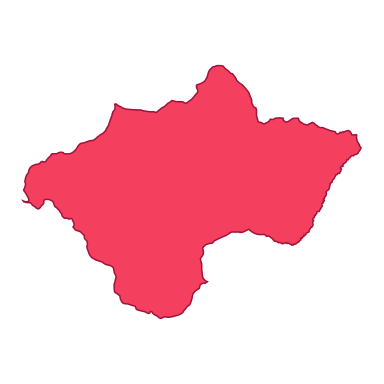 Santa María, Huila, Colombia (orthographic projection)
{"feature_id": "7082276B74568314469162", "entity_name": "Santa María", "entity_type": "district", "adm_level": 2, "iso_a3": "COL", "parent_name": "Colombia", "parent_adm1": "Huila", "projection": "orthographic", "projection_center": [-75.551, 2.922], "detail": "fine", "context": "isolated", "style": "filled", "palette": "rose", "viewbox_px": 384, "rotation_deg": 0, "n_neighbors": 0, "source": "geoboundaries", "source_scale": "gbopen_adm2", "svg_char_len": 5988}
<svg xmlns="http://www.w3.org/2000/svg" viewBox="0 0 384 384"><path d="M213.3,66.7L212.4,67.2L209.6,70.0L208.5,72.1L207.4,76.2L206.7,78.0L204.4,81.5L203.1,82.3L200.1,83.8L196.8,84.9L196.4,85.9L196.5,87.5L197.6,89.9L197.9,91.3L197.2,92.9L195.5,94.7L191.6,99.4L186.4,103.1L185.0,103.1L182.5,101.7L177.4,101.7L175.2,101.4L171.9,100.5L170.3,102.0L167.9,103.3L164.4,106.6L162.1,107.7L156.4,112.3L155.1,112.4L153.9,111.7L150.1,111.8L142.9,110.7L141.0,110.0L132.7,109.7L125.9,109.1L122.7,108.0L120.9,106.9L118.6,105.8L115.9,103.9L115.0,104.0L114.7,104.5L115.1,106.0L114.9,109.4L112.7,112.2L111.9,115.7L111.3,116.9L110.7,119.1L110.1,120.0L109.9,121.2L108.3,125.7L106.0,129.4L105.7,130.5L103.3,133.0L100.1,135.0L97.3,137.1L95.5,138.8L93.4,140.2L92.2,140.5L89.8,140.7L84.3,142.7L80.8,143.4L79.9,144.0L78.2,145.8L76.3,149.0L75.4,149.9L73.7,151.7L71.2,153.3L68.6,153.9L65.2,153.8L64.0,153.6L63.3,152.7L62.2,152.3L59.9,152.3L58.8,152.6L56.8,153.7L52.1,153.8L51.1,154.7L50.1,156.4L48.6,157.6L46.4,160.3L46.1,161.1L45.4,161.7L44.8,162.0L43.7,162.0L42.6,161.5L41.6,161.6L40.9,162.0L40.2,162.9L38.2,164.3L36.7,164.3L35.6,164.5L32.3,165.8L30.5,167.3L29.2,169.3L28.3,173.0L26.6,175.0L25.5,178.2L24.8,181.7L25.6,183.9L25.2,186.1L23.6,190.3L25.8,193.3L28.6,198.6L28.9,200.8L28.7,201.2L27.7,201.6L26.0,201.7L25.1,201.6L23.0,200.8L23.6,201.7L26.3,202.5L30.4,202.8L31.7,204.0L32.5,205.3L34.8,206.6L35.4,207.4L36.4,207.9L36.6,208.3L38.0,208.9L39.4,208.5L41.6,205.6L43.3,204.0L43.9,202.7L43.7,200.9L44.1,200.0L46.7,199.3L49.0,199.5L51.2,200.4L52.9,201.6L53.6,203.1L54.7,206.5L56.6,207.7L59.5,210.8L60.4,212.5L61.6,213.7L61.9,215.3L62.4,216.3L63.6,217.6L64.5,218.2L67.0,218.3L67.8,218.5L68.6,219.0L69.6,219.0L71.4,218.4L72.2,219.3L74.2,224.0L74.1,225.2L73.0,227.1L75.6,230.1L80.3,231.7L82.7,233.9L84.5,236.1L84.3,238.0L85.3,239.6L86.8,240.7L87.5,243.6L86.9,246.3L87.0,247.9L89.4,254.6L91.1,256.8L92.6,258.1L96.2,260.1L102.1,262.0L104.4,263.7L106.4,264.7L108.6,265.1L111.1,265.9L113.0,267.4L113.5,268.3L114.3,272.7L115.5,275.0L116.2,276.8L115.7,278.3L114.6,283.2L114.1,284.1L114.2,288.7L114.6,292.0L119.8,295.7L120.3,298.7L121.7,301.8L123.0,303.1L124.2,303.6L128.0,304.0L133.1,305.7L135.0,306.0L136.4,309.3L138.3,310.2L145.1,311.8L147.0,312.9L148.7,313.5L149.7,313.1L150.2,311.6L150.7,311.4L152.1,312.0L152.6,313.0L154.1,314.5L157.1,316.0L159.5,318.0L161.1,318.4L164.3,316.8L168.8,317.3L173.2,316.5L179.3,314.7L181.7,313.4L183.1,312.1L183.8,310.9L187.4,306.4L189.7,304.8L190.5,303.3L192.0,298.5L192.1,297.4L193.0,293.7L195.4,290.9L199.4,288.3L200.1,285.0L202.0,283.6L203.1,283.2L205.4,283.2L207.4,281.7L205.5,280.8L203.6,278.8L203.1,278.1L202.6,276.7L201.7,269.1L201.7,263.9L200.6,260.2L200.4,258.4L202.5,255.7L203.3,254.1L203.5,251.6L202.8,248.9L202.9,247.9L203.5,246.7L205.9,244.7L209.2,243.5L211.8,243.2L212.6,242.9L214.3,240.8L220.5,237.8L226.3,235.3L229.7,233.2L230.7,232.3L232.2,232.0L235.8,232.1L237.8,231.9L240.0,232.3L242.3,232.3L244.5,231.4L248.6,229.2L252.2,232.1L253.2,232.5L254.7,233.4L258.1,234.4L259.8,234.5L260.4,234.7L262.1,234.5L264.6,234.6L265.9,235.3L266.2,236.1L266.6,236.4L268.6,235.9L272.5,238.7L273.2,239.8L274.6,241.2L276.5,241.5L278.6,242.7L280.5,242.7L282.4,243.8L286.2,242.7L287.1,243.5L288.0,243.2L288.8,243.3L291.8,245.2L292.5,244.7L293.5,244.9L294.0,244.1L294.9,244.2L295.9,244.0L296.2,243.5L297.2,242.8L297.7,242.2L298.9,242.0L299.4,240.8L300.9,239.9L300.7,238.2L301.8,238.3L302.2,238.0L302.6,237.0L303.5,236.7L303.8,236.4L303.8,235.3L304.6,235.5L304.8,235.2L305.8,234.6L306.1,233.6L306.8,232.9L309.0,231.9L309.2,230.4L310.8,227.6L311.8,227.1L312.8,225.8L313.0,224.8L312.7,222.1L313.6,220.6L312.7,219.6L312.7,219.1L314.3,217.5L314.3,215.9L314.9,215.9L315.2,215.7L315.9,214.2L316.7,213.6L316.7,212.7L317.0,211.9L317.5,211.5L318.9,211.6L319.2,211.3L320.0,209.7L320.7,208.8L321.5,207.1L322.2,206.3L322.2,205.6L321.8,204.8L321.9,203.9L322.2,203.3L323.0,203.1L323.2,202.8L323.2,201.5L323.3,201.0L323.6,200.9L324.1,201.1L324.4,200.8L324.2,200.2L323.5,200.0L323.4,199.3L323.7,198.8L324.4,198.6L324.5,196.9L325.4,196.5L326.3,194.9L326.4,194.0L326.1,192.4L326.3,191.6L326.8,191.0L328.0,190.2L328.9,189.2L330.0,185.5L330.2,183.6L332.2,182.0L332.6,180.1L333.0,179.5L333.9,178.9L334.3,178.5L335.1,176.4L335.6,175.8L335.8,174.9L336.9,174.6L337.7,173.6L338.5,173.4L339.3,173.5L339.7,173.2L339.9,172.4L340.8,171.2L340.8,170.2L341.4,169.2L341.3,168.8L340.4,168.1L340.6,167.2L340.9,166.9L342.9,166.4L342.5,165.3L343.3,164.8L343.3,163.9L344.8,163.2L346.4,161.6L346.7,159.9L347.7,159.9L348.4,159.6L349.3,157.9L349.9,157.8L351.2,156.0L351.9,155.7L353.6,155.8L354.3,154.7L356.1,154.5L358.0,153.3L358.6,151.9L360.2,149.8L360.3,149.2L360.8,148.7L361.0,148.1L360.6,147.0L359.3,145.8L359.5,144.7L358.9,144.0L357.2,141.1L356.5,137.7L356.7,135.0L356.0,134.6L353.3,135.0L351.8,134.8L351.2,133.3L350.4,132.0L349.4,131.0L348.0,130.5L345.5,131.2L343.9,132.0L342.7,131.8L342.3,132.3L341.4,132.7L340.8,132.3L340.2,132.3L339.0,133.5L337.5,134.0L336.8,133.8L335.9,133.1L335.2,131.7L329.8,130.5L327.5,129.5L325.3,128.8L322.9,127.6L320.3,127.6L318.2,126.9L317.4,125.7L316.5,125.4L316.1,125.0L315.3,124.8L314.9,124.5L314.8,123.9L314.4,123.4L312.7,122.5L311.5,122.7L310.6,123.4L308.4,124.2L307.6,125.2L304.9,124.3L303.5,124.1L301.6,122.5L300.4,122.4L300.0,121.5L298.9,120.4L298.8,119.4L298.2,118.2L293.8,118.3L292.3,118.6L289.4,120.8L287.7,121.7L286.4,122.0L285.2,121.8L283.8,120.6L283.2,119.7L283.1,118.3L282.9,118.0L281.4,118.1L279.5,117.8L275.7,118.2L274.9,118.4L273.4,119.5L270.5,119.2L270.1,119.5L269.2,121.0L268.4,121.8L267.4,122.2L266.5,122.9L265.8,123.1L264.3,123.8L263.6,123.9L261.6,122.7L260.4,122.3L258.8,122.1L258.4,121.9L258.1,121.3L256.5,115.6L256.5,110.0L256.1,108.3L255.7,107.9L254.1,107.1L252.9,105.6L252.5,104.4L251.8,103.3L251.7,100.1L248.7,92.4L246.3,89.4L243.0,85.5L237.8,81.7L236.3,79.7L236.0,78.5L235.2,77.3L233.0,74.4L232.1,73.6L230.9,73.4L229.9,72.6L228.2,70.8L224.9,68.4L223.3,66.2L221.1,65.6L217.7,65.6L216.5,65.7L214.4,66.6L213.3,66.7Z" fill="#f43f5e" stroke="#9f1239" stroke-width="1.5"/></svg>